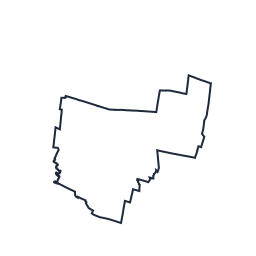 outline of Tatarastii De Jos, Teleorman, Romania, rotated 47°
{"feature_id": "2599482B17440364011234", "entity_name": "Tatarastii De Jos", "entity_type": "district", "adm_level": 2, "iso_a3": "ROU", "parent_name": "Romania", "parent_adm1": "Teleorman", "projection": "equal_earth", "projection_center": [25.181, 44.381], "detail": "fine", "context": "isolated", "style": "outline", "palette": "slate", "viewbox_px": 256, "rotation_deg": 47, "n_neighbors": 0, "source": "geoboundaries", "source_scale": "gbopen_adm2", "svg_char_len": 5449}
<svg xmlns="http://www.w3.org/2000/svg" viewBox="0 0 256 256"><g transform="rotate(47 128 128)"><path d="M192.7,197.9L190.3,194.6L188.9,192.8L187.9,191.3L187.0,190.2L185.8,188.6L184.0,186.3L183.4,185.4L182.3,184.1L179.9,180.8L179.2,180.0L183.8,177.3L183.2,176.4L181.3,173.5L180.5,172.4L178.3,169.0L177.2,167.6L176.8,166.8L176.2,166.1L181.8,162.7L178.5,159.3L177.4,158.1L177.1,158.3L176.8,158.4L176.7,158.2L176.4,158.0L176.2,157.9L175.4,157.7L174.5,157.6L174.2,157.5L173.8,157.1L173.7,156.8L173.8,156.7L173.5,156.2L172.4,156.9L171.7,155.9L172.9,155.1L173.2,154.9L178.4,151.8L180.4,150.6L180.7,150.5L181.2,150.3L181.5,150.1L180.8,147.5L180.6,146.6L180.6,146.2L179.7,146.3L179.3,146.2L178.9,146.0L181.8,144.2L182.2,143.9L181.6,143.3L181.4,143.1L181.1,142.8L180.3,142.2L180.2,142.2L180.1,141.6L180.0,141.2L179.8,140.8L179.4,140.6L179.2,140.3L179.2,140.0L179.2,139.7L179.4,139.3L179.5,139.1L179.4,138.8L179.4,138.5L179.1,137.9L179.3,137.4L179.3,137.2L178.8,136.8L178.6,136.6L178.2,136.4L178.0,136.2L180.2,136.2L178.6,133.2L178.3,132.7L178.2,132.6L164.2,121.8L165.1,121.3L165.2,121.1L165.4,121.0L167.1,119.9L174.6,114.6L178.8,111.6L179.6,110.9L179.8,110.7L180.0,110.6L180.7,110.2L189.3,103.8L192.1,101.7L193.8,100.5L195.2,99.5L195.5,99.4L194.4,97.4L192.6,93.9L191.8,92.7L191.7,92.8L189.4,88.9L191.9,87.6L190.7,85.6L189.9,84.2L186.5,78.2L182.7,77.9L181.6,76.0L180.1,73.7L177.2,70.2L175.4,68.0L175.0,67.9L174.4,67.0L174.3,66.6L174.3,66.1L174.1,65.5L173.6,64.2L172.6,62.1L171.9,61.0L171.2,60.3L167.2,55.2L165.5,52.9L160.1,46.6L157.6,43.6L156.5,42.3L156.2,42.1L155.3,41.0L153.9,39.4L152.6,37.8L151.8,36.9L151.5,37.2L150.9,37.6L150.1,37.9L148.8,38.7L147.2,39.4L146.1,40.0L142.1,42.2L138.3,44.1L136.8,44.7L134.2,46.1L130.9,47.7L132.3,49.5L133.6,50.9L136.9,54.8L139.1,57.5L141.9,60.8L142.9,61.9L142.9,62.1L142.8,62.3L142.5,62.5L141.3,63.3L139.3,64.8L137.5,65.9L130.1,71.2L129.2,71.8L128.5,72.5L126.7,74.4L124.1,77.3L123.0,78.2L122.9,78.4L122.5,78.8L122.3,79.1L123.1,80.1L123.6,81.0L123.9,81.3L124.9,82.5L126.4,84.6L127.2,85.6L130.9,90.4L132.6,92.6L134.1,94.4L134.6,95.1L135.6,96.5L126.3,105.1L123.5,107.8L121.2,109.9L117.4,113.7L115.6,115.3L115.5,115.5L115.4,115.7L114.5,116.5L114.4,116.6L113.2,117.8L112.9,117.9L111.3,119.4L109.1,121.7L109.0,121.9L106.8,124.1L106.7,124.2L106.3,124.6L106.3,124.8L106.2,125.0L105.8,125.1L102.2,128.6L101.6,129.1L100.8,129.6L100.4,129.9L99.6,130.1L99.4,130.3L98.5,130.8L98.4,130.9L97.5,131.5L95.7,132.5L93.7,133.6L93.2,133.9L92.3,134.5L91.8,134.5L91.5,134.9L91.4,135.1L91.2,135.3L90.5,135.6L90.2,135.6L89.9,135.7L89.3,136.1L89.1,136.1L88.4,136.6L85.0,138.5L83.8,139.2L82.5,139.9L78.4,142.2L77.4,142.9L76.2,143.5L74.9,144.3L74.8,144.5L73.7,145.1L71.8,146.0L62.1,151.7L62.4,152.3L63.0,152.1L63.1,152.5L63.2,152.9L62.9,153.2L62.9,153.7L62.5,154.0L60.5,156.1L63.9,160.1L64.7,161.2L67.8,165.1L69.0,164.2L69.5,163.9L72.7,167.5L73.2,168.2L73.9,169.0L77.2,172.7L82.5,178.8L78.1,180.5L83.6,186.8L83.9,187.3L84.6,188.0L86.5,190.3L86.9,190.7L91.2,195.8L92.7,194.7L92.8,194.5L93.3,194.0L94.6,192.9L94.8,192.9L96.3,193.4L96.5,193.5L96.9,194.1L97.1,194.9L97.5,195.7L98.0,197.3L98.4,197.8L98.5,198.5L99.0,199.4L99.4,200.2L99.5,200.9L99.6,201.1L99.9,201.3L100.0,201.6L99.9,201.9L100.0,202.3L100.3,202.4L100.4,202.6L100.6,202.7L101.3,202.8L101.5,203.4L101.3,203.6L101.5,203.9L101.5,204.1L101.4,204.4L101.5,204.7L101.5,204.9L101.5,205.0L102.0,205.4L102.6,205.3L103.2,205.0L103.5,204.9L104.0,204.8L104.2,204.6L104.8,204.5L105.0,204.6L105.4,204.3L105.8,204.1L106.1,204.2L106.3,204.2L106.6,204.2L107.0,204.4L107.1,204.5L107.3,204.9L107.2,205.0L107.0,205.3L107.0,205.7L106.8,206.1L107.1,206.5L107.4,206.6L107.5,206.8L107.4,207.0L107.5,207.1L107.8,207.1L107.8,207.3L107.6,207.4L107.7,207.6L107.9,207.7L108.2,207.8L108.5,207.9L108.8,207.9L109.0,207.8L109.3,207.7L109.7,207.8L110.1,207.7L110.3,207.5L110.8,207.7L111.0,207.7L111.0,207.8L111.3,207.8L112.0,207.6L112.4,207.3L112.5,207.3L112.6,207.5L113.1,207.1L113.1,206.6L113.3,206.6L113.5,206.9L113.9,207.4L114.0,207.8L113.9,207.9L113.9,208.1L114.2,208.2L114.2,208.3L114.3,208.9L114.2,209.0L114.3,209.1L114.2,209.2L114.2,209.8L114.1,210.0L114.0,210.3L113.9,210.4L113.6,210.4L113.1,210.3L112.9,210.5L112.9,210.9L112.9,211.0L112.5,210.8L112.4,210.7L112.1,210.8L111.7,210.8L111.6,211.0L111.7,211.3L112.1,211.5L112.1,211.8L112.6,212.0L113.1,212.1L113.5,212.0L113.8,212.1L114.3,212.1L114.7,212.0L115.1,212.0L115.6,211.7L115.8,211.4L115.7,211.3L115.8,211.2L116.0,211.2L116.5,211.1L116.6,211.3L116.9,211.4L117.1,211.8L117.1,212.2L117.2,212.3L117.2,212.5L117.5,213.0L117.5,213.3L117.8,213.5L117.7,213.9L117.7,214.2L117.9,214.6L118.2,214.8L118.5,215.3L118.6,215.5L118.7,215.9L118.9,216.4L118.9,216.6L118.4,217.0L118.2,217.2L117.6,217.4L117.3,217.6L117.0,218.7L117.0,218.9L117.1,219.0L117.5,219.1L118.1,218.8L118.6,218.5L119.0,218.4L119.3,218.3L119.8,218.0L120.2,217.5L120.3,217.5L120.9,217.3L121.1,217.2L121.1,216.6L121.4,216.6L122.0,216.4L124.1,215.6L128.5,214.1L133.7,212.1L136.3,211.0L138.5,210.2L139.5,211.2L140.6,212.0L141.1,212.4L141.2,212.5L141.3,212.5L142.0,212.8L142.6,212.9L143.6,212.5L144.6,212.3L144.4,212.1L144.1,211.6L148.2,210.1L148.7,209.8L152.0,208.4L152.5,209.1L153.9,209.0L154.4,210.2L157.7,210.8L159.4,211.3L159.8,211.3L164.6,209.9L165.2,211.5L165.8,212.7L167.7,212.3L168.8,211.9L171.2,210.8L174.3,209.3L175.5,208.4L175.7,208.2L175.9,208.0L177.2,207.2L178.9,205.9L182.2,203.8L183.3,203.1L185.1,202.2L186.8,201.1L189.9,199.5L192.7,197.9Z" fill="none" stroke="#1e293b" stroke-width="2"/></g></svg>